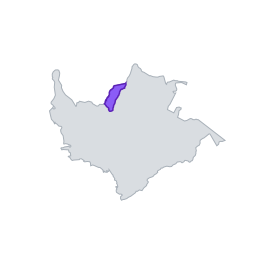 Colombia, with Arauca highlighted, rotated 297°
{"feature_id": "COL-1420", "entity_name": "Arauca", "entity_type": "Intendancy", "adm_level": 1, "iso_a3": "COL", "parent_name": "Colombia", "parent_adm1": "", "projection": "orthographic", "projection_center": [-71.152, 6.563], "detail": "fine", "context": "in_parent", "style": "filled", "palette": "violet", "viewbox_px": 256, "rotation_deg": 297, "n_neighbors": 0, "source": "natural_earth", "source_scale": "10m", "svg_char_len": 5750}
<svg xmlns="http://www.w3.org/2000/svg" viewBox="0 0 256 256"><g transform="rotate(297 128 128)"><path d="M146.0,42.2L143.7,43.1L139.1,44.3L135.9,49.5L133.7,50.4L131.1,53.5L129.1,57.3L127.6,65.1L123.6,71.7L123.9,72.0L125.5,71.7L127.0,71.0L127.5,71.2L128.0,72.3L129.8,72.6L131.2,78.0L134.0,80.7L134.2,81.8L134.6,84.0L133.6,85.3L133.3,90.2L134.2,91.5L136.2,92.0L137.6,95.0L138.4,95.7L139.7,96.2L142.7,95.7L148.1,96.2L149.4,96.1L152.4,95.1L156.3,96.4L159.1,96.6L166.9,105.8L167.7,105.5L168.6,106.0L170.6,105.1L172.3,104.9L174.5,105.4L177.4,105.4L183.3,104.4L184.2,103.8L187.4,104.4L188.3,105.0L188.8,106.7L188.5,107.8L187.3,108.9L186.7,110.3L186.6,111.9L186.0,113.2L185.0,114.0L184.6,115.2L184.9,116.7L184.3,123.6L184.8,124.2L185.1,127.1L186.5,130.8L187.2,131.8L188.3,132.7L190.4,135.7L189.9,136.7L184.6,141.5L184.4,142.6L185.4,142.2L187.0,142.6L187.6,143.8L191.5,147.1L191.5,148.3L192.6,150.8L192.4,151.4L195.2,158.5L195.3,159.9L193.0,160.4L192.9,155.6L192.6,154.7L190.0,150.4L189.5,150.1L187.7,150.6L184.9,153.8L183.5,154.2L182.5,153.8L181.4,151.9L180.7,151.6L180.0,153.2L180.9,154.6L168.2,154.6L165.7,154.0L162.3,154.8L162.3,161.9L168.3,162.0L169.9,164.1L169.8,165.7L170.0,166.3L168.6,166.7L166.5,165.6L162.8,166.9L160.0,167.3L159.9,175.2L161.5,177.1L164.7,179.2L165.2,180.7L164.9,182.0L165.7,183.7L166.8,184.6L166.8,185.7L167.3,186.8L161.0,220.1L158.8,218.1L158.0,216.3L156.9,215.5L154.7,216.1L152.5,215.2L159.8,203.9L159.6,202.9L153.4,200.1L152.8,199.4L149.9,197.9L148.3,198.4L147.4,199.1L145.1,199.3L143.3,198.1L141.2,197.3L138.6,199.3L137.8,199.2L136.0,200.1L134.1,200.4L131.5,199.5L129.4,200.1L128.0,200.0L127.5,199.4L125.6,198.7L125.4,197.9L125.9,196.5L125.2,193.8L124.9,193.3L123.5,193.2L121.8,192.2L121.5,191.6L121.9,190.5L121.6,189.6L120.0,187.3L117.8,186.8L115.6,184.9L113.5,184.3L112.5,182.9L111.6,179.9L109.4,177.6L107.9,176.8L107.3,175.7L105.8,175.6L103.6,174.0L102.7,173.9L102.0,174.6L100.0,173.9L98.3,172.7L96.5,172.4L95.4,171.7L93.3,169.6L91.1,168.5L89.8,168.9L89.3,170.5L88.6,170.7L86.0,170.3L85.6,170.6L84.9,170.6L81.8,169.3L78.6,168.9L77.9,166.2L75.9,165.2L75.3,163.9L73.9,164.1L68.6,161.5L66.4,159.8L64.5,158.9L62.5,156.9L62.2,156.2L60.7,155.0L61.5,153.6L63.3,152.6L65.7,153.4L66.0,151.8L65.1,150.3L65.5,147.0L66.2,146.3L67.5,145.6L68.3,145.9L68.8,145.3L70.7,145.6L71.3,145.4L72.8,144.1L73.4,143.0L74.1,143.1L75.7,141.3L75.5,139.6L76.9,139.2L78.5,136.3L79.2,136.2L79.6,134.8L82.3,130.0L81.3,130.5L80.3,130.2L80.4,128.5L80.1,128.3L79.2,129.6L78.5,128.3L78.7,126.2L77.5,126.6L77.5,126.1L79.3,124.5L80.1,121.0L79.5,119.7L79.2,114.3L78.9,113.2L77.4,111.9L79.8,110.4L80.6,109.2L79.6,106.8L78.2,104.8L78.2,103.6L79.0,103.7L79.4,100.4L78.6,99.1L77.7,99.0L74.7,94.1L73.7,93.0L74.5,90.7L75.4,89.6L75.3,87.8L75.9,87.9L77.2,89.6L77.7,89.3L79.8,87.8L79.8,86.4L81.5,84.9L79.3,79.8L78.5,79.0L79.5,77.4L80.0,77.5L80.9,79.1L82.3,80.1L84.4,83.0L85.3,83.6L84.6,84.2L84.5,84.9L84.8,85.3L86.0,85.4L86.5,84.6L86.2,81.2L85.7,79.5L84.6,78.2L85.0,77.7L87.2,76.9L91.7,73.7L93.3,70.7L94.5,69.6L95.8,68.8L97.5,69.0L98.7,68.7L99.1,67.7L98.3,65.6L99.3,62.7L99.3,61.2L100.0,60.3L99.7,60.0L98.1,61.0L99.8,58.9L101.0,55.8L107.6,50.3L111.9,51.7L113.2,51.6L111.4,52.3L111.2,53.1L111.8,53.9L112.4,54.2L113.0,53.7L114.4,50.4L114.7,48.7L115.3,48.1L116.2,47.8L120.4,48.6L124.3,48.4L130.8,43.8L135.6,41.9L136.8,40.0L137.2,38.5L138.0,38.0L139.0,38.0L139.5,37.2L141.7,36.0L144.1,35.9L146.7,36.9L147.8,38.8L148.0,40.1L146.0,42.2ZM70.8,145.0L70.5,145.3L69.9,144.8L69.7,144.3L70.1,143.8L70.5,144.0L70.8,145.0Z" fill="#d9dde1" stroke="#a8b0b8" stroke-width="1"/><path d="M138.9,96.0L139.8,96.2L140.2,96.3L140.3,96.2L140.5,96.2L140.8,96.0L141.0,96.0L141.0,95.8L141.3,95.7L141.6,95.7L141.8,95.7L142.1,95.8L142.1,95.6L142.3,95.5L142.7,95.5L142.8,95.6L143.0,95.7L143.0,95.8L143.1,95.7L143.3,95.6L143.5,95.7L143.5,95.8L143.7,95.7L143.9,95.7L144.1,95.8L144.4,95.9L144.5,95.9L144.8,95.8L145.0,95.7L145.1,95.8L145.5,95.8L146.1,95.8L146.3,95.8L146.4,96.0L146.5,96.3L147.2,96.3L147.3,96.4L147.4,96.5L147.5,96.5L147.7,96.4L147.8,96.3L147.9,96.2L148.0,96.2L148.8,96.3L149.4,96.2L150.0,96.0L150.4,95.6L150.5,95.5L150.6,95.4L150.9,95.3L151.3,95.2L151.8,95.1L152.5,95.0L152.8,95.0L153.0,95.1L153.5,95.3L154.0,95.2L154.8,95.9L154.9,96.0L155.1,96.0L155.5,96.0L155.9,96.2L157.0,96.8L157.4,96.8L158.0,96.4L158.4,96.3L158.8,96.3L159.1,96.4L159.5,96.7L159.7,96.9L160.5,98.0L161.4,99.0L162.2,100.1L163.0,101.2L163.9,102.2L164.7,103.3L165.5,104.3L166.4,105.4L166.7,105.8L166.8,105.8L165.7,106.5L165.3,106.6L162.9,106.5L162.6,106.6L162.3,106.8L162.2,106.9L161.8,106.7L161.6,106.5L161.6,106.3L161.6,106.2L161.2,105.9L160.3,105.5L160.1,105.4L160.0,105.1L159.9,104.9L159.6,104.7L159.4,104.5L159.3,104.4L158.9,104.2L158.7,104.2L158.1,104.2L157.8,104.2L157.5,104.2L157.3,104.2L157.0,104.1L156.7,104.1L156.4,104.1L155.7,104.4L155.2,104.6L154.6,104.7L154.0,104.7L153.2,104.9L152.5,104.9L152.0,104.6L151.9,104.6L151.6,104.6L151.4,104.7L151.1,104.8L150.0,104.7L149.2,104.4L148.8,104.4L148.2,104.4L147.6,104.2L147.2,104.1L147.0,104.3L146.8,104.3L146.7,104.3L146.4,104.3L146.1,104.5L145.7,104.6L145.4,104.7L145.2,104.7L145.0,104.8L144.9,104.8L144.4,105.0L144.1,105.0L143.9,105.0L143.7,105.0L143.4,105.1L143.2,105.0L142.9,104.9L142.6,104.9L142.4,105.0L141.6,105.0L141.3,105.0L140.1,105.5L139.7,105.5L139.3,105.5L139.1,105.5L138.4,105.8L137.8,106.0L137.2,106.4L136.8,106.4L136.4,106.1L136.0,105.9L135.8,105.8L135.6,105.6L135.3,105.1L134.9,104.7L134.7,104.3L134.6,104.0L134.6,103.9L134.7,103.7L134.9,103.3L135.2,103.0L135.3,102.7L135.5,102.4L135.8,102.4L136.0,102.4L136.2,102.1L136.3,102.0L136.6,102.0L136.8,101.9L136.9,101.7L137.0,101.6L137.1,101.2L137.4,99.1L137.5,98.9L137.9,98.5L138.1,98.0L138.3,97.6L138.7,96.5L138.8,96.3L138.9,96.1L138.9,96.0Z" fill="#8b5cf6" stroke="#5b21b6" stroke-width="1.5"/></g></svg>